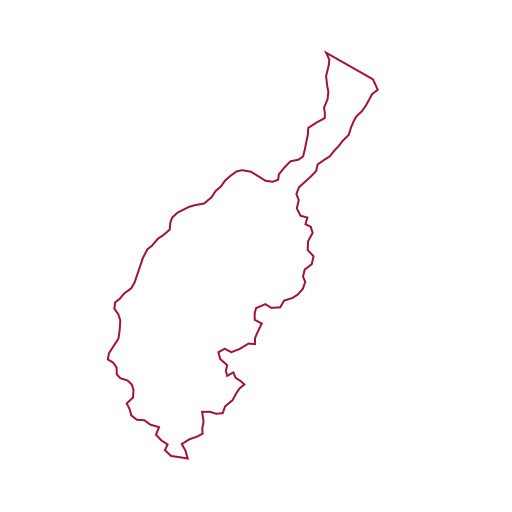 outline of Cumbe, Sergipe, Brazil, rotated 67°
{"feature_id": "56859067B88215085586778", "entity_name": "Cumbe", "entity_type": "district", "adm_level": 2, "iso_a3": "BRA", "parent_name": "Brazil", "parent_adm1": "Sergipe", "projection": "robinson", "projection_center": [-37.197, -10.328], "detail": "fine", "context": "isolated", "style": "outline", "palette": "rose", "viewbox_px": 512, "rotation_deg": 67, "n_neighbors": 0, "source": "geoboundaries", "source_scale": "gbopen_adm2", "svg_char_len": 2079}
<svg xmlns="http://www.w3.org/2000/svg" viewBox="0 0 512 512"><g transform="rotate(67 256 256)"><path d="M320.4,277.1L314.3,282.1L308.3,279.7L304.0,276.3L304.0,266.2L309.7,262.2L312.7,253.8L308.0,247.5L308.9,239.1L307.8,232.6L304.5,225.7L299.1,220.8L293.3,220.8L287.5,216.4L285.3,207.9L278.7,203.1L270.8,206.1L262.9,202.4L256.8,194.8L250.5,194.2L246.1,198.0L240.7,193.7L236.3,199.3L228.1,199.8L221.2,194.8L214.7,194.6L209.5,189.6L206.8,181.8L204.2,174.3L201.3,167.5L195.8,163.5L194.1,155.4L193.1,149.1L189.2,141.9L186.8,136.3L183.9,131.3L180.7,123.3L174.4,117.9L170.3,113.6L166.8,109.3L164.0,101.7L160.5,96.1L156.4,90.9L152.2,85.6L150.6,79.0L139.1,79.3L96.3,112.0L104.0,111.8L109.0,114.6L117.8,121.2L126.8,123.9L133.0,125.2L139.7,128.9L146.0,135.4L150.9,136.6L155.9,138.8L156.8,148.2L158.5,157.8L164.8,161.0L171.4,165.6L176.4,169.0L182.7,173.7L183.9,179.3L182.3,187.4L185.7,195.4L189.7,203.0L194.4,205.8L194.2,211.7L190.3,218.0L185.3,221.4L176.4,227.8L171.5,235.4L170.6,241.1L172.2,248.1L174.5,255.0L178.3,261.2L180.2,267.4L184.6,274.1L187.4,283.4L185.3,292.4L184.6,298.6L185.4,311.1L187.8,318.0L191.6,321.7L198.0,325.1L200.5,333.0L201.8,339.7L205.9,347.8L207.3,353.2L213.6,360.9L217.8,364.6L223.4,369.6L227.3,373.1L232.8,378.0L236.9,383.3L239.1,392.3L242.1,398.0L243.7,403.8L249.2,407.0L255.7,405.5L262.3,406.1L270.3,410.1L278.3,414.9L283.7,422.9L287.9,429.2L293.3,432.8L298.4,429.1L304.2,427.9L310.6,430.4L315.5,428.6L320.4,422.9L325.8,420.5L331.4,421.1L338.2,424.5L341.2,432.6L347.5,432.2L354.1,433.0L360.1,429.8L363.6,422.9L369.9,419.2L375.7,412.1L381.4,417.9L389.3,414.9L394.9,411.0L399.2,415.7L406.9,412.3L411.8,404.2L415.7,398.0L407.4,397.0L400.1,397.8L398.7,388.9L399.2,380.5L398.7,374.6L393.7,372.8L388.0,369.0L378.4,366.5L381.4,359.3L385.6,354.4L387.7,348.1L382.3,343.1L379.5,333.8L374.8,328.0L371.6,323.2L369.7,316.9L364.8,319.2L360.3,322.3L354.3,322.3L355.1,329.4L349.7,328.5L345.3,325.2L336.8,329.2L329.9,328.2L329.1,321.1L334.9,316.3L335.2,307.9L333.7,297.0L336.7,291.4L331.1,288.9L326.7,284.3L320.4,277.1Z" fill="none" stroke="#9f1239" stroke-width="2"/></g></svg>